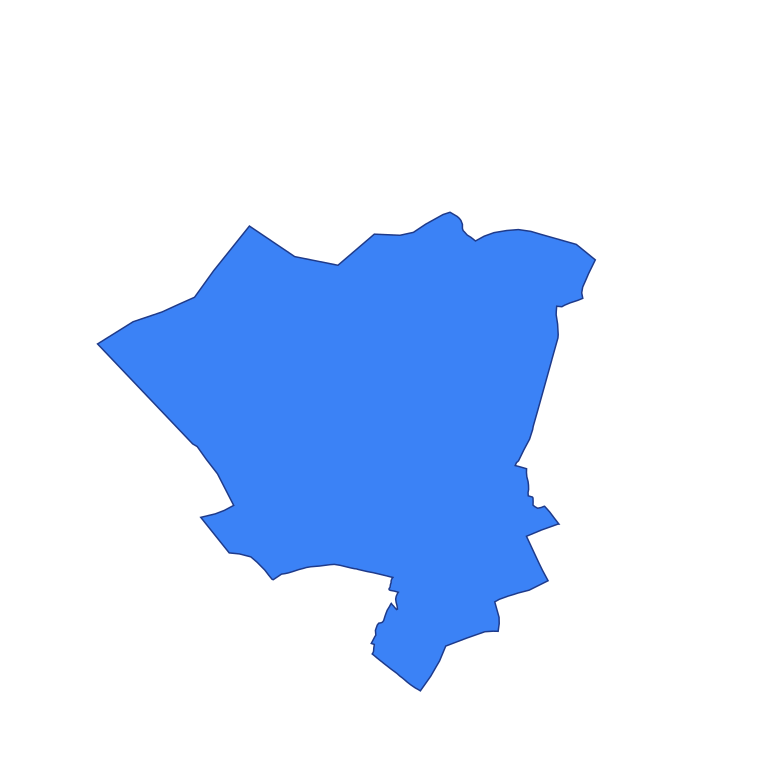 Sokoto South, Sokoto, Nigeria, rotated 218°
{"feature_id": "59680162B89921626898623", "entity_name": "Sokoto South", "entity_type": "district", "adm_level": 2, "iso_a3": "NGA", "parent_name": "Nigeria", "parent_adm1": "Sokoto", "projection": "robinson", "projection_center": [5.246, 13.036], "detail": "fine", "context": "isolated", "style": "filled", "palette": "blue", "viewbox_px": 768, "rotation_deg": 218, "n_neighbors": 0, "source": "geoboundaries", "source_scale": "gbopen_adm2", "svg_char_len": 2703}
<svg xmlns="http://www.w3.org/2000/svg" viewBox="0 0 768 768"><g transform="rotate(218 384 384)"><path d="M446.3,166.1L402.0,155.6L393.3,161.1L382.5,165.8L374.2,165.4L363.4,164.0L356.9,162.3L352.0,161.2L350.8,161.6L347.7,171.1L345.3,173.6L343.2,176.1L340.3,180.2L336.9,185.3L333.9,189.2L332.3,191.5L329.3,194.8L322.7,200.9L315.4,208.3L312.1,211.3L307.0,214.1L297.0,218.6L293.5,220.3L292.0,221.3L290.1,222.0L281.7,225.9L276.5,228.6L267.8,232.6L257.9,237.0L257.9,236.3L257.9,235.6L257.7,234.6L257.2,233.3L256.8,232.7L256.4,232.3L256.0,231.5L255.7,230.6L255.4,229.8L255.0,229.1L254.5,228.3L254.2,227.7L254.0,227.1L254.0,226.4L254.1,226.1L254.0,225.9L253.8,225.6L253.4,225.1L252.7,225.1L251.9,225.3L248.3,227.2L244.5,228.7L244.5,227.7L244.3,226.8L243.7,224.3L242.4,221.7L240.0,219.4L237.1,217.2L234.8,214.9L235.2,214.0L238.2,214.5L239.7,214.9L241.5,215.1L243.2,215.6L243.2,214.8L242.7,212.2L242.2,207.7L241.1,204.1L240.0,200.9L238.6,197.3L238.6,195.3L239.4,193.9L240.9,192.3L240.9,189.9L240.1,187.5L239.1,184.6L235.8,181.0L235.7,179.3L234.3,171.7L231.3,172.8L230.7,171.8L229.4,169.5L227.7,167.0L227.2,165.5L227.1,164.0L225.4,164.0L220.8,163.8L211.2,163.7L202.7,163.7L195.8,163.9L191.5,163.6L188.6,163.7L182.5,163.4L177.7,163.4L172.8,163.7L171.2,163.9L169.7,164.2L166.4,164.6L166.5,165.9L166.8,172.5L167.3,182.6L169.0,194.6L169.7,199.9L174.0,215.5L162.7,234.2L152.0,250.9L145.8,256.4L141.8,259.4L145.7,266.1L149.7,271.0L162.6,280.5L160.6,285.3L155.6,293.3L152.1,298.2L149.7,301.8L142.7,310.9L133.6,330.0L144.5,334.8L151.5,338.2L178.0,351.7L170.2,365.6L160.8,380.5L159.9,381.3L161.1,381.6L167.0,383.1L174.4,385.1L179.1,386.0L182.2,386.5L182.7,385.9L184.0,383.6L186.4,380.7L189.7,380.2L192.0,380.3L194.0,383.0L196.4,385.9L197.4,386.3L201.5,384.7L203.7,387.2L205.1,389.9L207.9,393.3L210.5,395.9L214.3,398.8L217.2,401.9L219.5,405.0L227.0,402.0L230.4,400.5L231.2,403.6L230.7,406.3L233.2,418.0L235.3,430.1L238.8,439.6L240.3,442.4L246.7,458.1L263.0,497.6L266.7,506.5L266.9,506.9L275.3,527.4L277.1,530.1L284.1,538.1L291.0,544.6L292.9,547.2L295.8,551.6L291.4,554.4L290.2,557.3L287.3,562.5L282.8,569.2L280.1,573.9L284.3,577.5L287.1,582.7L289.3,591.5L290.7,596.7L293.9,611.9L318.4,612.4L353.3,598.2L362.2,594.7L373.2,588.4L381.8,580.5L390.5,571.0L396.1,562.1L400.0,553.0L405.8,553.1L410.1,552.6L413.9,553.3L416.1,553.6L418.0,554.9L420.5,558.1L424.0,560.2L426.6,560.9L429.4,561.1L437.7,560.0L441.8,553.9L449.5,535.8L454.2,521.6L463.0,511.0L483.9,496.1L493.4,449.2L532.8,429.4L587.3,425.6L588.0,368.4L586.7,335.7L594.4,321.2L603.4,303.9L620.0,278.7L634.4,239.2L497.9,219.0L492.7,219.7L477.6,215.2L459.9,210.7L427.7,195.8L432.0,186.1L437.0,177.8L446.3,166.1Z" fill="#3b82f6" stroke="#1e3a8a" stroke-width="1.5"/></g></svg>